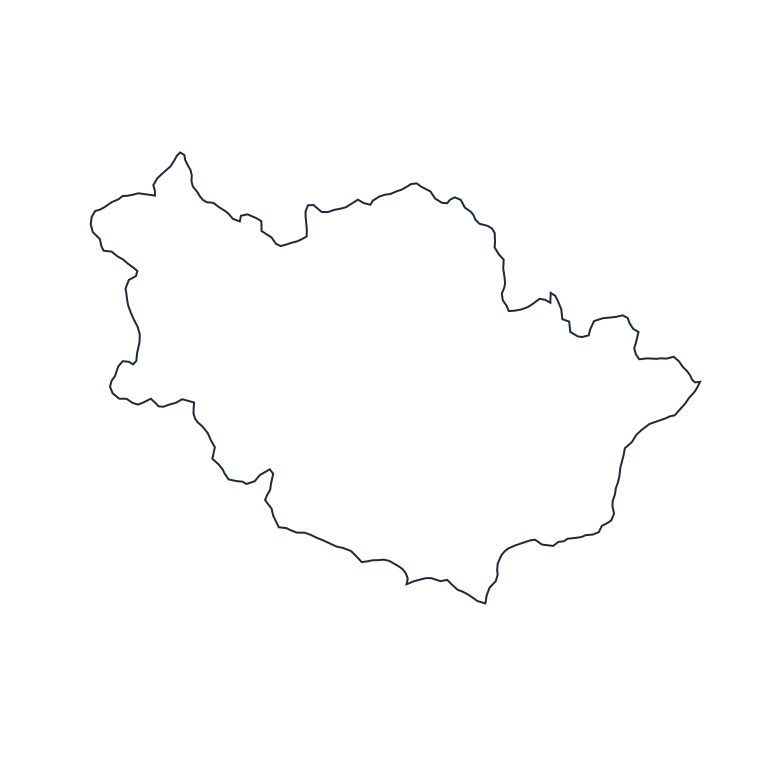 the district of Santa Rita do Passa Quatro, São Paulo, Brazil, rotated 188°
{"feature_id": "56859067B91361452731504", "entity_name": "Santa Rita do Passa Quatro", "entity_type": "district", "adm_level": 2, "iso_a3": "BRA", "parent_name": "Brazil", "parent_adm1": "São Paulo", "projection": "orthographic", "projection_center": [-47.502, -21.677], "detail": "fine", "context": "isolated", "style": "outline", "palette": "slate", "viewbox_px": 768, "rotation_deg": 188, "n_neighbors": 0, "source": "geoboundaries", "source_scale": "gbopen_adm2", "svg_char_len": 3860}
<svg xmlns="http://www.w3.org/2000/svg" viewBox="0 0 768 768"><g transform="rotate(188 384 384)"><path d="M364.7,581.1L375.2,584.8L379.5,587.2L385.0,585.8L388.8,582.6L393.6,578.9L398.1,576.7L404.2,573.0L409.4,571.6L414.7,569.0L420.6,564.0L422.5,559.6L429.3,560.4L435.5,562.9L446.2,553.8L451.6,551.5L457.3,549.6L463.6,546.4L469.6,545.7L473.6,548.1L478.6,551.4L484.2,550.4L485.7,543.9L484.9,538.6L483.2,531.8L481.8,525.5L481.2,519.3L486.3,515.4L490.3,513.0L495.2,511.0L500.0,508.6L505.6,506.2L510.6,507.9L515.8,513.5L526.5,518.4L528.1,528.2L533.6,530.5L542.8,533.0L549.1,530.7L549.4,524.9L556.6,526.5L561.6,531.0L565.6,533.3L572.1,536.2L578.0,539.6L585.0,539.4L589.3,541.3L592.5,544.3L595.4,548.0L600.9,553.1L602.9,558.3L603.4,563.8L605.4,569.0L608.8,573.3L612.0,578.1L613.6,583.0L618.1,584.9L620.8,581.3L622.8,576.1L625.8,569.7L633.1,561.2L637.2,556.0L640.1,548.8L637.7,543.2L637.1,538.7L643.3,538.7L653.8,538.7L659.2,536.4L664.6,534.6L669.1,533.7L672.6,530.0L678.7,526.3L685.8,519.9L689.6,517.1L694.1,515.1L696.7,508.8L696.7,501.4L693.5,493.9L685.4,487.8L683.1,481.2L680.2,477.0L672.1,477.2L665.9,473.4L659.5,470.9L654.3,467.5L647.7,464.0L644.0,461.5L644.6,456.4L651.1,451.6L653.2,442.7L651.6,437.2L649.7,430.3L648.2,426.0L644.6,419.3L641.0,413.5L635.8,406.1L632.8,399.3L631.9,391.4L632.8,380.4L632.5,372.4L635.3,368.5L639.8,370.5L646.0,370.2L649.6,364.4L651.5,354.4L654.2,349.2L655.0,343.3L651.4,337.0L644.2,332.6L636.9,333.5L630.1,330.2L624.7,329.4L619.4,332.4L612.9,337.0L607.5,333.3L604.2,330.5L599.2,330.8L594.7,333.3L587.5,336.4L581.8,340.8L575.9,340.1L569.5,339.2L569.1,333.1L568.5,328.1L566.3,323.5L563.2,320.1L558.4,317.1L551.8,311.0L547.7,304.4L542.7,297.8L543.2,290.8L543.6,286.1L536.8,281.5L532.0,277.1L529.4,273.2L524.6,267.9L516.2,267.3L510.5,267.6L506.4,265.8L498.5,269.7L494.2,276.6L485.3,283.6L481.2,279.7L482.0,269.9L482.0,263.4L484.3,257.7L485.6,252.6L481.9,248.7L478.0,245.0L475.5,238.4L468.3,227.5L460.6,227.7L456.0,226.2L449.5,224.7L441.9,225.7L435.8,224.5L429.0,222.3L423.3,220.9L418.3,219.4L408.3,216.4L401.5,215.9L393.4,214.0L388.2,210.1L381.2,204.5L375.4,206.2L370.6,207.9L366.1,208.6L359.7,210.0L354.3,209.6L344.0,205.5L339.9,203.3L336.1,199.6L333.4,194.7L333.8,188.8L327.2,192.7L320.2,195.7L315.1,197.7L310.0,198.3L300.7,196.6L294.1,198.8L289.0,194.9L282.7,190.6L277.2,189.3L271.1,187.1L261.1,182.0L253.1,180.8L252.9,189.1L251.1,197.0L245.9,204.3L244.9,210.9L246.1,215.8L246.4,222.1L243.9,230.8L241.3,235.0L238.2,238.3L232.5,241.9L225.5,245.5L217.5,249.5L212.7,250.8L205.2,247.0L199.1,247.1L193.9,247.2L189.4,251.9L184.3,253.2L180.5,256.4L172.8,258.3L167.1,260.0L163.2,262.4L156.4,263.9L150.7,267.2L148.5,273.9L144.4,276.7L140.1,280.3L138.1,287.5L140.8,295.0L141.3,299.8L139.9,307.0L139.9,313.1L138.6,319.4L138.1,325.1L138.3,334.5L137.6,339.9L136.8,347.2L136.6,353.8L130.4,361.1L126.9,369.0L122.3,374.6L118.8,378.1L115.5,381.4L109.6,384.4L104.4,387.1L100.5,389.1L96.5,391.7L91.7,393.5L87.6,399.7L82.9,406.7L80.1,412.5L75.1,419.9L73.1,424.8L71.3,430.1L76.3,428.9L79.7,431.4L82.0,435.1L85.6,438.9L90.6,442.6L94.9,447.4L100.9,451.3L108.0,448.4L113.3,448.0L117.3,446.9L127.0,446.0L134.7,444.0L138.7,448.4L141.2,454.2L140.3,459.8L139.2,470.9L144.9,473.3L149.4,478.5L151.9,483.3L157.2,485.2L164.0,482.6L176.4,479.6L184.8,475.5L187.5,466.4L188.0,460.7L194.3,458.1L198.7,458.1L206.8,461.5L209.3,471.6L216.4,473.0L218.9,482.8L223.1,490.0L226.7,495.2L231.6,497.4L230.6,487.6L236.1,489.8L241.8,490.0L247.7,484.2L251.0,481.2L254.5,478.9L259.0,476.7L265.1,474.7L270.6,473.6L273.3,478.3L278.0,483.4L279.9,490.0L278.3,496.2L278.1,500.7L279.7,507.1L282.0,514.9L282.8,523.8L288.3,528.3L293.5,534.7L293.8,539.9L295.4,548.9L298.7,553.0L303.3,555.0L311.7,555.9L316.4,559.5L319.1,564.0L322.3,566.8L328.4,569.9L333.6,577.0L339.8,578.7L344.2,575.7L346.6,571.8L351.8,571.5L359.3,574.8L364.7,581.1Z" fill="none" stroke="#1e293b" stroke-width="2"/></g></svg>